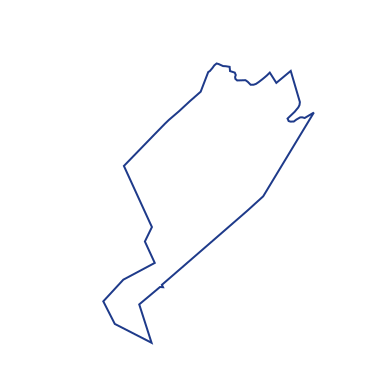 Lajes, Rio Grande do Norte, Brazil, rotated 207°
{"feature_id": "56859067B6017308644468", "entity_name": "Lajes", "entity_type": "district", "adm_level": 2, "iso_a3": "BRA", "parent_name": "Brazil", "parent_adm1": "Rio Grande do Norte", "projection": "albers", "projection_center": [-36.184, -5.667], "detail": "fine", "context": "isolated", "style": "outline", "palette": "blue", "viewbox_px": 384, "rotation_deg": 207, "n_neighbors": 0, "source": "geoboundaries", "source_scale": "gbopen_adm2", "svg_char_len": 997}
<svg xmlns="http://www.w3.org/2000/svg" viewBox="0 0 384 384"><g transform="rotate(207 192 192)"><path d="M126.6,220.5L119.5,318.1L125.2,309.1L127.6,308.6L129.5,307.6L131.9,303.9L133.3,301.0L136.3,299.4L138.1,299.1L140.2,300.8L138.3,306.2L136.9,310.2L136.3,313.0L135.7,315.5L135.7,318.3L136.7,321.1L159.0,344.7L166.4,327.5L176.9,333.7L178.2,329.8L179.4,326.9L180.5,324.4L182.5,320.2L184.1,317.3L185.9,315.5L188.5,314.2L192.4,315.5L195.1,315.9L202.4,311.9L204.7,312.5L205.8,314.0L206.1,316.1L208.1,317.8L213.0,317.0L215.3,320.6L219.0,319.4L221.5,318.3L226.3,318.1L228.4,317.7L229.6,315.0L230.1,311.7L231.0,307.9L232.0,306.2L229.8,285.3L235.0,272.3L240.3,257.9L245.3,245.8L247.1,240.6L251.9,225.2L264.5,184.3L231.7,158.3L215.3,145.3L211.8,142.6L211.5,126.5L193.0,111.9L213.4,82.7L221.4,54.3L215.2,49.8L200.9,39.4L159.6,39.3L188.0,67.9L177.4,92.8L174.6,94.0L176.7,95.6L174.3,101.5L163.9,127.1L155.3,148.3L134.2,200.5L130.4,210.5L126.6,220.5Z" fill="none" stroke="#1e3a8a" stroke-width="2"/></g></svg>